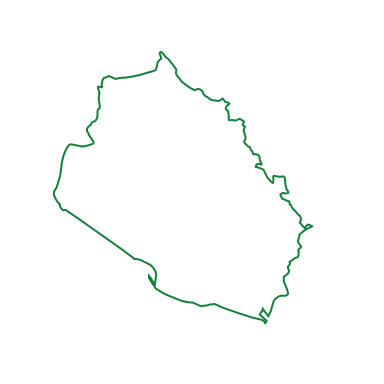 an SVG outline of Poland, rotated 213°
{"feature_id": "POL", "entity_name": "Poland", "entity_type": "country or territory", "adm_level": 0, "iso_a3": "POL", "parent_name": "Europe", "parent_adm1": "", "projection": "robinson", "projection_center": [19.099, 51.929], "detail": "fine", "context": "isolated", "style": "outline", "palette": "green", "viewbox_px": 384, "rotation_deg": 213, "n_neighbors": 0, "source": "natural_earth", "source_scale": "50m", "svg_char_len": 3875}
<svg xmlns="http://www.w3.org/2000/svg" viewBox="0 0 384 384"><g transform="rotate(213 192 192)"><path d="M313.7,205.9L315.2,208.2L315.8,210.1L315.2,211.6L315.5,213.0L316.8,214.6L321.1,219.4L323.3,224.0L324.7,225.8L327.7,228.1L328.1,229.1L326.9,230.0L325.9,230.1L325.1,230.3L324.6,231.1L325.4,232.0L326.5,233.3L328.0,237.0L327.9,239.9L326.9,240.7L325.7,242.5L324.8,244.1L317.7,245.2L316.0,247.0L312.1,250.3L309.5,252.2L305.6,255.7L299.4,261.8L297.2,264.4L295.5,266.5L290.5,272.1L288.9,274.5L289.3,276.4L291.0,281.0L291.4,283.1L291.2,285.0L290.6,286.7L290.7,287.4L292.3,288.7L294.7,290.6L294.9,291.2L294.6,292.1L293.7,292.7L290.7,292.0L287.3,290.7L286.2,290.9L284.3,290.6L276.8,288.1L271.7,286.1L271.1,284.8L270.2,282.9L268.0,281.4L263.0,280.0L261.0,278.9L253.0,278.4L249.5,278.3L247.0,278.8L245.4,278.7L243.3,281.5L241.8,282.3L239.6,282.4L237.7,281.9L235.7,280.4L232.6,279.7L230.3,280.0L228.6,279.7L227.2,279.6L226.7,279.9L225.5,279.9L223.9,280.6L222.0,281.6L220.0,282.3L218.5,283.9L217.1,287.1L213.2,285.7L211.8,286.3L210.0,286.7L208.7,286.3L209.0,285.2L209.6,283.9L209.6,282.2L209.2,280.3L208.0,279.7L206.1,279.5L205.2,279.1L205.1,278.5L204.2,277.7L202.5,275.7L201.0,273.2L199.9,272.4L198.4,273.6L196.1,275.0L194.6,275.4L191.8,279.4L186.8,279.5L186.5,277.7L186.0,275.9L183.0,275.5L183.0,274.4L182.3,271.8L176.5,266.8L175.8,264.7L176.0,263.8L175.6,262.5L174.3,261.7L169.7,260.7L168.5,261.3L167.4,260.7L165.7,259.5L162.8,258.5L162.5,258.0L161.4,257.1L160.8,257.0L160.4,257.5L159.6,258.3L156.6,259.2L155.4,258.8L154.3,258.0L153.0,256.3L151.2,254.8L149.8,254.2L148.9,253.4L148.7,252.8L152.1,251.6L152.8,250.3L152.4,247.9L151.9,247.6L150.6,248.4L147.8,249.1L145.3,249.5L144.0,249.5L136.7,245.2L132.0,243.9L129.3,243.5L129.0,243.9L130.2,246.3L132.3,249.3L132.2,250.1L129.6,251.3L128.1,251.8L126.3,252.8L124.8,254.2L123.5,254.9L122.4,254.7L121.3,254.0L118.3,249.7L114.6,246.3L114.2,245.6L113.0,245.4L111.3,244.6L110.8,243.6L111.6,242.6L112.8,241.6L114.9,241.0L115.5,240.4L115.9,239.6L116.6,238.4L116.5,238.1L115.0,236.8L112.9,235.6L107.0,236.5L105.3,237.1L104.4,236.3L103.7,235.1L102.2,234.9L100.2,233.8L97.8,232.7L95.4,232.4L90.5,230.8L88.6,230.8L87.5,230.2L86.4,229.1L85.4,227.8L85.0,225.2L81.4,224.0L77.8,223.2L77.5,223.6L77.6,226.2L77.3,227.6L74.9,228.5L72.6,228.6L72.7,228.2L75.7,223.4L77.0,220.5L78.6,215.0L77.0,210.7L76.5,208.7L75.7,207.7L70.8,205.7L70.5,204.9L71.3,202.1L71.0,200.9L69.8,199.6L68.3,197.1L67.8,195.0L69.8,192.5L70.4,190.7L71.3,188.2L72.0,186.8L72.1,186.4L70.8,185.4L70.5,184.0L70.9,182.1L70.3,180.6L68.6,179.6L67.5,178.4L67.0,176.8L67.5,174.3L68.9,171.0L66.2,166.9L59.2,162.2L55.9,158.9L56.3,157.0L57.8,155.3L60.6,153.8L62.7,151.1L63.9,147.8L64.0,147.2L64.1,144.9L61.2,135.5L60.8,133.2L60.5,130.3L60.3,129.5L66.4,131.5L69.0,132.6L68.7,131.4L68.2,130.3L68.6,128.7L68.5,126.3L62.9,125.1L59.3,124.7L58.9,123.0L59.3,121.9L60.3,122.6L63.9,122.8L72.9,119.6L88.3,115.4L104.8,111.4L108.6,111.0L112.5,110.2L113.9,108.7L115.4,107.7L117.6,105.1L122.6,101.1L131.3,99.6L134.6,97.7L141.4,95.0L157.0,92.0L163.4,91.4L169.8,91.3L175.4,93.7L181.4,96.6L182.4,98.3L179.2,97.2L174.5,94.6L172.8,94.5L176.8,102.5L179.0,105.3L183.4,107.4L187.2,108.2L198.7,106.9L202.8,105.2L203.9,104.4L205.0,104.8L212.5,105.2L220.1,105.7L232.3,106.2L245.0,106.7L258.2,107.2L272.5,107.8L287.6,108.1L288.5,107.9L290.0,106.5L291.9,106.7L294.2,107.6L295.2,108.2L295.7,108.9L296.0,109.7L297.2,109.9L299.4,110.5L302.4,111.9L304.8,113.3L307.1,115.3L307.9,117.5L308.0,120.0L307.9,121.6L308.1,122.3L311.5,134.0L317.0,145.4L319.0,150.8L319.9,153.8L320.6,158.0L320.9,161.0L320.9,162.6L320.6,164.9L319.1,166.3L309.3,170.2L307.4,171.4L304.6,174.4L302.0,177.6L301.4,178.6L301.2,179.3L301.9,180.4L305.4,182.0L309.0,183.4L310.2,184.4L312.9,185.7L313.9,186.8L314.5,187.8L314.5,190.2L313.4,193.4L313.9,195.8L312.8,197.4L311.8,199.2L311.8,202.4L313.7,205.9Z" fill="none" stroke="#15803d" stroke-width="2"/></g></svg>